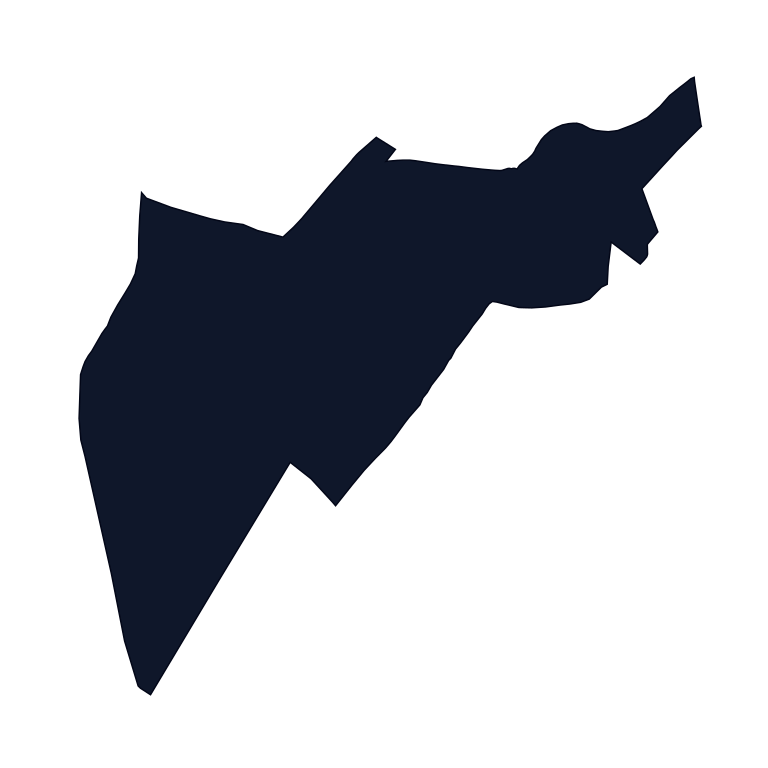 the district of San Lorenzo Axocomanitla, Tlaxcala, Mexico, rotated 3°
{"feature_id": "50627088B69259006758588", "entity_name": "San Lorenzo Axocomanitla", "entity_type": "district", "adm_level": 2, "iso_a3": "MEX", "parent_name": "Mexico", "parent_adm1": "Tlaxcala", "projection": "albers", "projection_center": [-98.255, 19.215], "detail": "fine", "context": "isolated", "style": "filled", "palette": "ink", "viewbox_px": 768, "rotation_deg": 3, "n_neighbors": 0, "source": "geoboundaries", "source_scale": "gbopen_adm2", "svg_char_len": 2490}
<svg xmlns="http://www.w3.org/2000/svg" viewBox="0 0 768 768"><g transform="rotate(3 384 384)"><path d="M84.2,455.8L89.2,471.8L121.7,587.7L138.4,654.2L154.3,698.4L156.8,700.6L167.1,706.5L228.4,590.5L294.4,467.1L316.2,482.5L338.8,504.7L342.0,508.1L357.3,486.6L368.7,471.2L379.2,458.7L388.9,447.8L391.9,443.9L394.1,441.0L398.7,434.1L407.0,421.3L410.9,415.7L420.9,403.0L423.6,395.7L427.6,390.2L431.5,382.6L442.8,366.3L447.3,357.1L449.4,354.7L453.6,345.4L458.2,339.1L465.8,327.7L469.6,321.3L478.4,308.9L481.5,303.1L484.8,298.4L487.9,295.9L492.5,296.3L499.9,297.8L503.9,298.5L514.5,300.5L516.5,300.5L520.9,300.4L527.6,300.2L531.0,299.8L541.3,298.6L555.8,295.9L565.4,294.4L576.2,292.1L583.1,289.1L584.5,288.5L596.0,275.9L601.7,272.7L601.7,271.1L601.7,266.8L601.7,254.9L603.4,230.3L604.6,231.1L607.9,233.4L633.6,250.8L637.4,246.4L639.7,243.2L640.2,241.6L640.4,240.4L639.7,231.7L639.8,230.5L649.5,217.8L648.5,215.4L647.0,212.1L646.8,211.5L645.4,208.1L644.2,205.8L639.4,194.5L634.9,183.9L631.3,175.5L651.1,151.3L659.9,140.8L660.7,139.8L664.2,135.5L685.0,112.5L687.5,110.0L687.0,108.8L686.4,105.6L685.3,100.4L681.5,81.7L678.3,65.7L677.7,61.5L674.5,63.1L670.3,66.9L667.4,69.4L664.2,72.1L654.2,81.0L645.1,92.5L632.9,104.2L625.3,108.8L621.4,110.9L617.5,112.8L612.6,115.0L604.4,118.6L601.0,119.3L594.8,120.3L589.2,120.2L582.4,119.8L576.1,118.4L573.5,117.1L571.0,116.0L568.2,114.7L565.1,113.9L562.9,113.5L558.8,113.8L554.6,114.4L548.5,116.0L543.3,118.6L537.2,122.3L531.5,127.8L528.4,131.7L523.7,140.2L523.2,141.3L522.4,143.5L520.4,146.9L518.4,149.2L515.4,152.4L510.7,155.9L507.9,158.6L505.6,162.4L503.3,161.8L501.5,161.9L500.2,162.4L499.4,162.3L498.0,162.1L496.7,162.2L490.6,164.5L488.6,164.8L483.2,164.8L479.4,164.7L477.2,164.6L471.2,164.4L456.0,163.5L447.2,162.8L442.3,162.6L434.6,162.1L433.6,162.1L423.6,161.4L414.8,160.5L403.4,159.4L398.1,159.1L392.0,159.4L385.6,160.0L379.2,160.9L375.4,161.4L374.3,161.6L375.0,160.7L383.1,149.1L364.0,138.5L363.4,138.1L353.5,147.7L346.9,154.1L344.7,156.5L341.2,160.9L339.7,163.2L327.5,178.4L319.7,188.1L308.2,203.3L294.7,221.1L293.7,222.5L290.1,226.8L285.4,232.3L275.8,242.2L275.4,242.6L249.7,237.4L234.9,232.1L216.3,230.5L201.9,228.1L191.3,225.7L161.8,218.7L137.0,210.9L131.9,205.6L131.3,229.0L131.5,252.2L132.3,271.0L130.9,278.8L129.8,286.9L125.5,297.5L120.7,306.6L113.9,319.0L107.8,331.5L104.8,340.6L102.5,343.9L99.7,348.3L90.4,366.6L87.5,370.9L84.3,377.2L82.6,382.5L80.5,390.5L81.3,434.4L84.2,455.8Z" fill="#0f172a" stroke="#020617" stroke-width="1.5"/></g></svg>